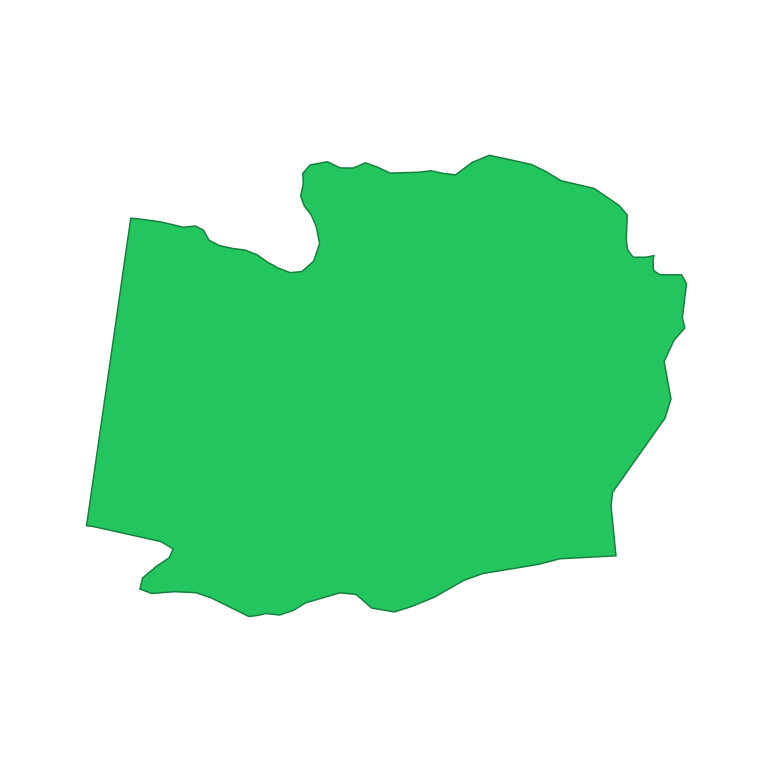 an SVG outline of Koulpélogo, rotated 83°
{"feature_id": "BFA-2827", "entity_name": "Koulpélogo", "entity_type": "Province", "adm_level": 1, "iso_a3": "BFA", "parent_name": "Burkina Faso", "parent_adm1": "", "projection": "equal_earth", "projection_center": [0.155, 11.405], "detail": "fine", "context": "isolated", "style": "filled", "palette": "green", "viewbox_px": 768, "rotation_deg": 83, "n_neighbors": 0, "source": "natural_earth", "source_scale": "10m", "svg_char_len": 1280}
<svg xmlns="http://www.w3.org/2000/svg" viewBox="0 0 768 768"><g transform="rotate(83 384 384)"><path d="M488.4,696.5L435.0,682.0L295.5,644.1L220.4,623.8L188.6,615.1L189.9,608.7L195.8,586.1L204.0,563.9L204.2,551.9L209.5,544.3L219.9,540.2L226.6,530.4L231.1,517.5L234.1,505.5L240.4,494.1L249.1,484.5L255.5,475.7L262.0,463.8L262.4,452.0L253.6,438.9L236.8,430.8L219.4,432.1L207.7,435.5L197.4,441.5L187.2,443.8L175.5,439.7L165.0,438.9L157.6,430.6L156.5,413.1L164.2,401.1L165.9,388.2L162.2,375.4L168.0,364.0L175.4,352.3L178.0,324.0L178.1,311.2L182.1,300.0L185.1,287.5L174.8,269.4L169.8,251.5L184.1,210.8L192.8,197.5L203.8,183.5L215.5,151.6L235.7,128.6L246.0,122.0L270.5,126.0L280.7,125.8L288.5,121.2L290.1,108.5L289.5,100.4L294.7,102.0L304.1,102.7L309.1,97.0L311.9,75.3L321.4,71.5L354.6,79.8L365.0,78.6L376.2,91.0L395.8,103.2L433.8,101.0L452.1,109.2L519.4,170.4L532.7,173.5L582.8,174.7L578.9,230.7L581.8,252.3L584.2,309.3L588.7,328.9L601.7,359.8L608.4,384.6L611.5,401.4L604.9,423.5L589.5,437.3L585.9,453.1L591.7,488.7L597.6,501.2L600.6,515.8L597.4,529.1L598.3,537.3L598.3,546.5L575.5,581.1L568.2,596.1L564.6,617.3L563.6,640.2L557.7,651.3L547.1,647.3L537.2,632.0L530.3,618.4L522.0,613.4L513.3,624.5L490.1,689.8L488.4,696.5Z" fill="#22c55e" stroke="#15803d" stroke-width="1.5"/></g></svg>